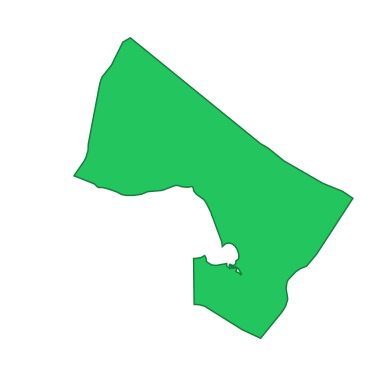 outline of As Suways, rotated 125°
{"feature_id": "EGY-1536", "entity_name": "As Suways", "entity_type": "Governorate", "adm_level": 1, "iso_a3": "EGY", "parent_name": "Egypt", "parent_adm1": "", "projection": "robinson", "projection_center": [32.482, 29.608], "detail": "fine", "context": "isolated", "style": "filled", "palette": "green", "viewbox_px": 384, "rotation_deg": 125, "n_neighbors": 0, "source": "natural_earth", "source_scale": "10m", "svg_char_len": 1556}
<svg xmlns="http://www.w3.org/2000/svg" viewBox="0 0 384 384"><g transform="rotate(125 192 192)"><path d="M245.5,152.6L244.9,151.6L240.7,147.1L236.8,145.2L237.7,143.1L239.6,141.1L240.7,140.4L240.6,134.3L238.3,130.1L230.7,122.5L232.4,121.3L233.1,120.3L232.9,119.3L231.9,118.1L232.9,117.7L233.3,117.3L232.9,116.9L231.9,116.5L231.1,115.2L230.3,114.1L229.2,113.0L228.9,112.2L229.1,111.6L229.7,111.1L230.5,110.8L231.9,110.6L231.9,109.3L231.4,107.7L231.4,106.4L231.9,104.5L230.7,104.5L228.3,109.8L228.1,112.1L228.6,113.8L229.6,115.0L230.5,116.6L230.7,119.5L229.4,119.5L228.9,116.7L227.5,115.3L225.4,115.2L223.1,116.5L220.0,115.4L216.4,117.7L213.3,121.7L211.7,125.4L211.4,129.4L212.6,132.6L215.2,134.9L219.3,135.9L216.0,138.7L200.6,160.9L199.7,162.6L197.8,164.7L192.5,174.7L191.4,178.2L191.3,187.2L190.2,190.9L187.6,193.9L187.6,195.5L189.6,197.1L191.7,200.1L193.4,203.1L194.9,207.7L196.9,210.0L206.2,216.2L208.6,218.3L217.1,228.5L222.8,232.1L228.1,237.7L232.5,244.0L234.4,248.2L235.1,253.6L237.0,260.7L239.4,267.4L242.0,271.3L242.0,272.7L241.3,276.5L246.4,297.9L228.6,298.1L225.1,298.5L217.5,301.0L212.3,304.4L156.0,329.7L152.0,331.0L149.2,331.6L134.3,330.7L108.9,334.6L101.1,331.0L113.1,164.2L112.4,154.1L113.8,134.7L109.9,90.1L105.1,68.9L104.9,56.6L171.1,54.3L187.0,55.6L192.4,59.2L195.0,60.3L198.2,61.3L207.7,62.8L210.0,62.8L211.0,62.6L216.4,60.0L217.2,59.5L224.4,52.5L225.9,51.7L231.8,49.9L237.5,49.4L272.5,51.9L276.0,72.1L278.3,116.2L279.9,120.8L281.5,123.7L282.9,125.7L245.5,152.6L245.5,152.6Z" fill="#22c55e" stroke="#15803d" stroke-width="1.5"/></g></svg>